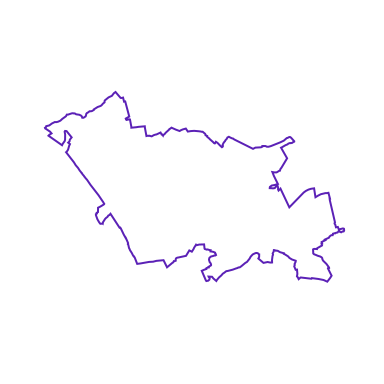 outline of Trusesti, Botosani, Romania, rotated 100°
{"feature_id": "2599482B20479262560509", "entity_name": "Trusesti", "entity_type": "district", "adm_level": 2, "iso_a3": "ROU", "parent_name": "Romania", "parent_adm1": "Botosani", "projection": "albers", "projection_center": [26.998, 47.76], "detail": "fine", "context": "isolated", "style": "outline", "palette": "violet", "viewbox_px": 384, "rotation_deg": 100, "n_neighbors": 0, "source": "geoboundaries", "source_scale": "gbopen_adm2", "svg_char_len": 6042}
<svg xmlns="http://www.w3.org/2000/svg" viewBox="0 0 384 384"><g transform="rotate(100 192 192)"><path d="M272.3,233.5L271.3,230.3L268.3,222.1L267.4,218.2L266.0,215.1L264.1,208.2L270.5,203.5L264.9,198.8L264.8,198.5L263.9,198.0L263.3,197.9L263.3,197.5L262.5,196.1L261.1,196.4L260.2,196.2L259.7,195.8L259.2,195.0L258.8,193.9L255.9,186.8L250.0,184.5L250.8,181.8L248.0,180.6L246.4,180.2L243.3,178.9L243.7,178.5L242.5,175.7L241.5,171.0L245.6,169.8L245.9,169.5L246.2,167.4L245.9,167.0L245.9,166.4L246.2,164.0L246.1,163.6L247.3,163.5L247.2,161.9L247.3,160.3L247.7,158.8L248.3,158.6L248.5,158.2L250.6,157.0L250.4,157.3L250.3,157.7L250.6,158.4L250.6,158.9L251.3,160.0L252.3,162.2L253.7,163.3L254.2,163.5L255.8,163.5L258.0,162.4L258.5,161.7L259.7,160.8L260.6,160.5L261.0,160.6L262.9,162.8L263.4,162.5L263.7,163.3L264.5,164.6L265.0,164.8L265.4,164.6L266.3,166.3L267.9,168.7L276.5,163.1L277.2,162.4L276.5,160.6L275.3,159.7L273.9,159.6L273.4,159.8L272.9,160.7L272.4,161.0L272.0,157.5L273.4,156.0L275.4,152.6L274.5,152.3L271.5,150.6L269.0,148.6L267.1,147.5L265.8,146.1L264.0,144.5L263.6,143.2L261.4,138.4L259.7,135.5L258.9,133.9L258.3,133.3L257.9,131.9L256.6,130.6L252.6,127.2L251.3,125.7L247.6,123.7L245.5,123.0L243.0,121.4L241.7,119.7L240.9,118.3L240.8,117.1L240.9,116.5L241.8,115.3L241.8,115.0L244.3,114.6L246.0,115.1L249.4,109.3L247.8,105.3L247.9,103.6L247.8,102.0L247.5,100.9L245.0,101.4L241.0,101.6L239.7,101.3L238.5,101.9L236.5,101.2L235.0,101.3L234.9,100.4L235.3,99.2L235.0,98.4L235.1,97.0L235.8,95.4L236.0,94.7L236.4,90.8L237.0,90.8L237.2,89.9L238.7,86.2L240.0,84.6L241.1,81.8L241.7,77.9L242.7,77.8L245.2,78.5L246.0,78.1L247.5,78.4L250.6,76.4L250.2,75.1L254.4,74.0L256.9,74.0L257.6,73.0L259.3,71.8L257.4,70.3L257.3,70.0L256.7,59.4L256.6,59.2L256.0,59.0L255.7,52.3L255.8,47.2L256.8,43.2L252.6,41.0L250.2,40.0L243.6,44.9L243.3,44.8L243.0,43.8L242.6,43.9L239.5,47.1L236.9,50.9L235.8,51.8L234.5,52.3L233.9,52.9L233.3,54.4L232.9,57.6L232.7,58.0L232.1,61.0L231.5,61.9L227.5,62.8L226.9,62.0L226.7,61.2L226.5,59.1L226.0,59.2L225.5,58.8L222.1,54.7L220.3,55.5L220.1,54.9L218.7,55.6L216.0,51.9L215.7,51.9L215.5,52.5L213.5,49.6L213.1,49.1L212.1,48.9L210.9,47.9L210.3,47.2L210.1,46.4L210.1,46.0L209.4,45.8L208.6,45.9L207.9,44.5L207.9,43.9L207.5,43.7L207.2,43.0L207.0,42.8L206.8,42.1L206.6,41.6L204.6,40.6L204.4,40.2L205.1,40.0L205.5,39.6L205.8,38.1L204.6,36.7L204.6,36.0L204.4,35.7L203.3,35.5L201.8,36.0L201.7,36.5L201.7,37.1L203.4,40.9L201.1,42.3L201.8,44.1L199.3,45.2L198.4,46.1L197.9,46.2L197.1,45.9L196.9,46.0L176.0,54.9L174.3,55.4L174.3,55.1L169.1,57.5L169.4,58.3L169.7,58.9L169.8,59.9L170.1,60.8L171.8,64.7L173.6,67.1L175.7,69.5L167.2,72.4L168.2,75.4L169.4,77.7L171.2,80.1L173.1,81.9L190.2,93.5L173.4,105.4L174.0,105.7L174.5,106.3L175.5,107.0L174.5,107.7L172.8,107.9L172.2,108.2L171.9,108.6L171.3,108.6L171.1,109.1L172.5,110.5L173.8,111.2L174.3,112.7L174.4,113.4L174.4,113.9L174.7,116.1L173.8,116.2L173.4,116.1L171.8,114.6L170.8,111.9L169.2,108.8L162.0,114.1L158.4,116.3L158.4,114.2L158.0,112.2L157.7,111.7L155.8,109.6L155.7,109.1L154.0,108.9L152.5,108.1L142.3,104.2L132.9,112.0L132.2,111.0L129.7,108.1L128.5,106.2L127.6,105.5L126.7,103.9L126.8,103.3L126.1,101.7L125.2,101.0L124.7,100.1L124.3,100.1L121.3,103.9L120.8,105.1L121.2,106.1L122.1,107.2L122.5,108.1L125.5,110.5L127.9,113.9L133.1,122.3L134.1,124.4L134.3,125.4L134.4,126.2L134.0,127.5L134.3,129.8L134.4,130.2L134.6,130.0L135.3,130.8L136.0,131.8L137.3,137.3L138.9,139.4L132.9,159.6L132.2,160.9L132.3,161.4L131.8,163.5L131.2,165.3L132.2,166.6L133.6,167.0L135.1,168.0L136.4,168.4L136.7,168.7L138.3,169.5L140.1,170.0L140.8,169.9L141.3,169.5L142.3,169.8L142.7,170.3L141.4,172.4L139.2,175.4L138.4,177.2L140.1,177.8L140.2,178.2L140.0,178.8L139.1,180.0L136.8,183.8L136.4,184.1L135.1,186.5L134.8,186.8L134.2,186.8L133.8,188.5L133.2,188.6L132.4,189.2L130.8,192.0L131.0,193.2L130.9,193.9L131.0,195.9L131.4,200.5L132.2,203.7L133.2,206.6L130.6,209.1L131.9,211.8L132.9,213.4L134.1,214.8L133.4,218.7L132.2,223.4L133.5,224.5L133.8,225.1L134.7,225.5L138.2,228.2L139.5,228.9L141.0,230.2L141.5,230.3L140.5,231.3L140.7,231.9L138.9,233.3L141.5,237.0L141.8,237.9L142.7,239.6L144.0,241.1L144.2,241.5L144.0,243.4L144.1,243.7L144.0,244.1L144.3,244.7L144.3,245.5L144.8,246.6L136.7,249.6L135.5,249.9L137.1,255.9L137.9,258.2L139.2,262.9L138.2,263.1L131.3,265.7L131.3,266.3L132.4,269.0L132.1,269.5L131.2,270.0L128.6,266.9L114.4,273.5L114.5,274.0L114.8,274.6L111.0,276.3L111.5,277.4L111.8,278.2L111.7,278.7L106.8,284.7L108.3,286.1L111.2,287.6L113.3,290.6L116.9,293.7L117.6,293.9L118.9,293.7L120.5,295.1L122.1,296.0L123.1,296.9L124.7,299.7L127.7,303.0L128.2,302.9L129.6,304.5L130.0,305.4L130.3,306.9L132.1,308.6L132.5,309.2L133.4,309.7L134.6,309.7L136.0,309.9L137.7,311.7L137.9,313.0L136.7,313.6L136.0,314.6L135.5,316.4L135.6,319.6L135.0,321.0L135.0,321.5L135.2,321.9L135.1,322.6L135.2,323.4L135.6,324.4L137.3,327.5L137.5,328.7L139.3,329.3L142.5,332.4L144.6,334.0L146.1,336.2L146.8,337.9L146.9,339.2L148.8,341.8L151.2,344.1L152.5,347.0L153.5,347.1L154.9,348.5L154.7,347.9L157.2,342.3L158.7,340.5L160.4,342.4L161.5,343.1L168.5,328.1L166.8,327.6L163.9,326.2L162.4,326.1L157.4,326.9L154.7,327.9L153.9,327.6L153.8,326.1L159.1,320.0L161.7,321.4L163.4,321.4L164.9,322.5L166.0,320.5L167.8,321.0L171.8,321.4L174.2,322.4L174.7,322.9L183.3,313.4L185.8,311.2L188.1,308.4L190.4,306.3L191.5,305.0L192.6,303.9L192.6,303.6L193.6,302.9L194.8,301.3L195.5,300.8L196.1,299.9L196.7,299.4L198.1,297.6L202.6,293.2L211.4,283.5L217.6,277.5L218.6,276.7L218.8,276.4L219.2,276.4L219.8,276.9L222.4,279.9L223.8,281.8L228.1,281.1L229.0,282.2L229.6,281.9L229.9,282.0L230.5,282.8L231.5,282.6L235.3,280.4L237.7,278.4L239.1,277.0L239.2,276.6L238.9,275.5L238.5,274.8L238.7,274.4L237.2,274.4L233.6,272.9L232.3,272.0L231.3,271.0L229.7,270.3L229.0,269.3L227.6,268.5L239.8,257.1L240.0,256.5L239.7,256.3L240.2,255.8L245.8,251.8L248.0,250.0L247.8,250.0L248.4,249.4L253.5,246.0L254.4,246.2L255.2,245.5L258.1,244.3L258.8,243.7L260.0,243.0L262.5,240.7L264.4,239.3L265.6,238.2L265.5,237.9L266.7,236.9L272.3,233.5Z" fill="none" stroke="#5b21b6" stroke-width="2"/></g></svg>